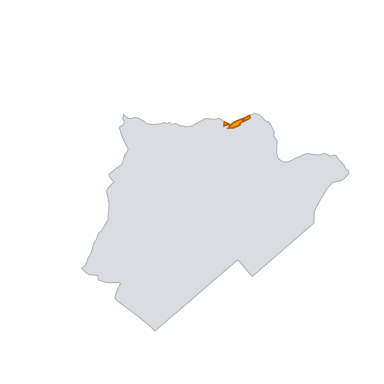 South-East on a map of Botswana (Equal Earth projection), rotated 230°
{"feature_id": "BWA-2648", "entity_name": "South-East", "entity_type": "District", "adm_level": 1, "iso_a3": "BWA", "parent_name": "Botswana", "parent_adm1": "", "projection": "equal_earth", "projection_center": [25.773, -25.011], "detail": "fine", "context": "in_parent", "style": "filled", "palette": "amber", "viewbox_px": 384, "rotation_deg": 230, "n_neighbors": 0, "source": "natural_earth", "source_scale": "10m", "svg_char_len": 3674}
<svg xmlns="http://www.w3.org/2000/svg" viewBox="0 0 384 384"><g transform="rotate(230 192 192)"><path d="M204.8,58.4L204.4,59.9L204.1,62.1L204.5,63.7L205.4,65.8L206.7,67.7L207.6,68.8L208.8,71.6L210.0,75.1L211.5,77.8L216.1,84.0L216.6,86.3L217.2,88.5L220.0,92.7L220.5,94.1L220.3,97.0L223.2,105.6L225.1,110.6L226.7,111.5L231.9,116.9L236.4,121.1L241.7,124.0L245.6,126.0L247.5,127.3L248.4,128.7L249.2,131.2L249.6,135.7L249.7,138.6L253.9,138.5L257.3,138.7L258.5,139.3L259.0,140.1L258.9,142.0L258.9,144.9L259.0,147.1L258.7,149.6L258.4,152.4L258.2,156.0L258.8,157.4L262.1,161.8L263.5,164.7L264.9,169.1L265.8,170.5L266.5,171.1L269.5,171.5L277.2,173.4L281.9,175.0L285.7,176.8L287.3,177.2L288.1,177.7L288.3,178.1L287.8,181.9L288.0,183.1L288.4,184.2L289.0,185.1L289.8,185.6L292.6,186.0L294.3,188.3L295.4,189.4L290.3,190.0L287.7,191.9L286.2,195.4L283.8,197.9L280.6,199.5L277.2,200.6L273.7,201.2L269.9,204.2L265.9,209.5L263.8,212.8L263.7,214.2L262.8,215.4L261.1,216.4L260.1,217.6L259.9,219.0L259.0,219.7L257.4,219.6L256.3,220.6L255.6,222.7L254.2,224.0L252.0,224.5L250.1,225.7L248.5,227.6L247.3,228.6L246.4,228.6L245.1,230.2L242.9,233.9L242.6,235.6L239.5,249.6L237.9,251.3L234.8,254.2L232.2,257.6L231.1,259.7L229.9,260.6L224.1,262.2L222.0,263.2L219.3,264.5L218.7,265.7L218.0,270.0L216.2,276.1L214.8,280.7L213.8,284.6L212.2,289.5L210.8,291.2L209.1,292.7L207.0,293.4L204.1,293.9L201.5,293.8L199.5,293.8L196.7,295.6L194.0,295.7L189.8,294.7L186.5,293.7L184.9,293.5L181.9,290.3L180.0,290.4L177.1,290.1L175.4,289.4L173.9,287.7L170.5,284.5L167.3,281.9L164.4,280.4L161.7,279.6L159.1,280.3L157.2,281.0L156.4,281.3L154.9,282.7L153.3,285.2L152.0,289.2L151.6,291.7L150.1,296.8L148.3,303.1L147.4,304.8L146.3,306.2L144.6,307.4L139.2,312.3L136.5,317.8L134.8,319.4L132.7,320.2L130.9,320.7L130.0,321.6L128.9,324.4L128.0,325.4L127.0,325.8L123.8,325.4L122.8,325.2L114.5,325.7L111.9,324.8L110.1,324.5L107.3,325.6L106.1,324.9L105.1,322.5L104.6,317.9L104.7,313.9L106.2,310.9L107.4,308.7L108.7,305.8L108.8,304.5L108.5,303.3L108.2,301.0L108.1,298.5L106.2,293.2L103.9,286.2L100.8,278.3L99.9,276.1L97.9,272.7L90.9,266.2L89.9,265.3L89.9,264.6L89.7,258.3L89.6,249.9L89.5,241.5L89.3,233.1L89.2,224.6L89.1,216.2L88.9,207.8L88.8,199.3L88.7,190.9L88.6,183.7L93.6,183.7L99.8,183.7L107.2,183.7L110.5,183.7L110.6,182.6L110.6,177.3L110.4,165.2L110.3,153.1L110.1,141.0L110.0,128.9L109.8,116.7L109.7,104.6L109.6,92.4L109.4,80.2L109.4,74.1L115.1,73.8L121.7,72.6L132.5,70.5L142.4,68.1L149.0,66.6L156.7,64.9L159.4,64.6L160.1,64.8L161.1,65.4L164.8,71.5L167.0,76.2L167.5,78.2L167.9,78.4L169.0,78.1L170.1,77.3L173.8,72.7L174.5,71.5L176.8,69.2L179.7,66.9L182.2,65.3L184.8,63.9L186.0,64.3L187.4,65.4L188.6,66.2L194.4,60.5L197.0,59.2L203.9,58.2L204.8,58.4Z" fill="#d9dde1" stroke="#a8b0b8" stroke-width="1"/><path d="M224.9,261.9L221.6,263.2L220.9,263.9L220.5,264.1L219.4,264.0L218.7,264.3L218.4,264.5L218.4,265.2L218.6,267.3L218.6,268.5L218.3,269.5L217.7,271.2L217.7,272.3L217.0,273.7L216.5,275.7L214.6,280.9L213.9,284.7L213.7,285.4L211.4,284.2L211.3,283.9L211.3,283.6L213.8,273.0L213.8,272.6L213.8,272.2L213.6,272.1L213.3,272.0L212.7,272.1L212.5,271.9L213.2,269.3L213.3,268.6L213.3,268.2L213.5,267.9L213.8,267.5L214.0,267.2L214.4,265.1L217.7,260.8L217.8,261.7L217.9,262.7L218.2,263.3L218.9,263.6L219.4,263.4L220.3,263.3L220.9,262.4L220.9,261.6L222.0,259.6L222.0,259.0L223.7,260.4L224.7,261.5L224.9,261.9L224.9,261.9ZM214.4,277.2L214.4,276.9L214.2,277.1L214.1,277.6L214.1,278.1L214.0,278.4L213.8,278.7L213.8,278.8L214.1,278.8L214.3,278.7L214.4,278.8L214.7,278.7L214.8,278.4L214.8,278.1L214.6,278.1L214.6,277.9L214.7,277.7L214.8,277.5L214.7,277.3L214.7,277.1L214.4,277.2Z" fill="#f59e0b" stroke="#b45309" stroke-width="1.5"/></g></svg>